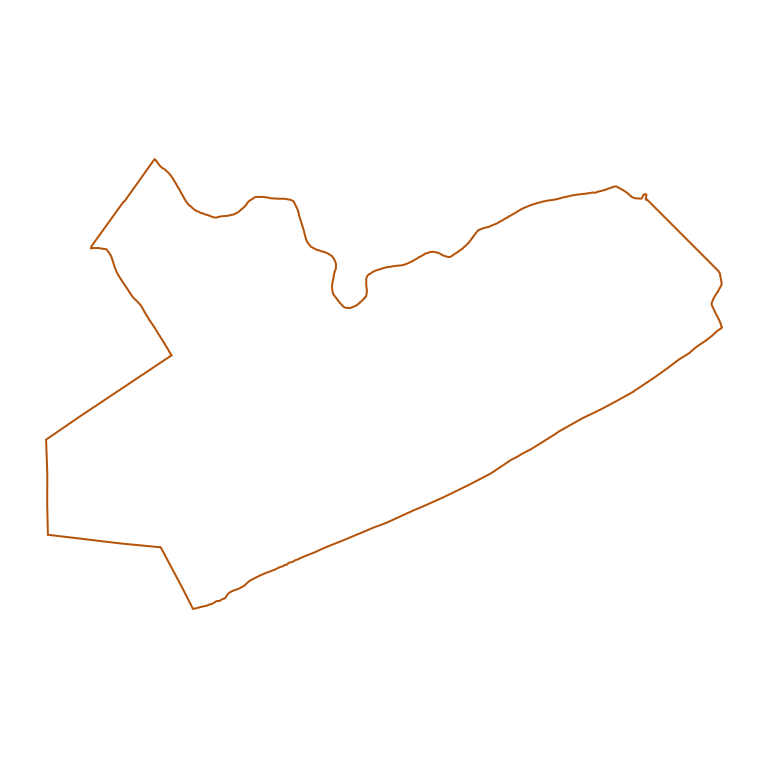 outline of Zavala, Inhambane, Mozambique
{"feature_id": "85939544B42929876675904", "entity_name": "Zavala", "entity_type": "district", "adm_level": 2, "iso_a3": "MOZ", "parent_name": "Mozambique", "parent_adm1": "Inhambane", "projection": "equal_earth", "projection_center": [34.683, -24.662], "detail": "fine", "context": "isolated", "style": "outline", "palette": "amber", "viewbox_px": 768, "rotation_deg": 0, "n_neighbors": 0, "source": "geoboundaries", "source_scale": "gbopen_adm2", "svg_char_len": 6092}
<svg xmlns="http://www.w3.org/2000/svg" viewBox="0 0 768 768"><path d="M154.5,159.2L124.3,201.6L123.4,201.9L91.3,246.5L91.1,248.3L92.4,248.2L93.1,247.9L94.5,248.1L98.6,248.0L100.6,248.5L102.0,248.5L102.7,248.8L106.2,249.2L106.9,249.8L108.4,252.0L108.9,252.3L109.7,253.8L109.9,254.5L110.5,254.9L111.3,256.6L112.8,261.0L114.9,267.9L115.7,269.5L116.6,272.0L118.8,276.0L119.4,276.8L119.7,277.7L120.5,278.3L120.8,279.3L121.4,279.8L121.7,280.7L122.7,281.9L125.8,286.6L126.3,287.0L126.6,288.0L127.2,288.6L132.2,296.3L134.8,299.2L136.3,300.5L140.3,304.8L141.8,306.9L143.2,309.6L143.8,310.4L144.7,312.4L145.8,313.9L146.0,314.7L146.7,315.5L148.9,319.1L149.2,319.9L149.8,320.6L154.5,327.4L155.8,329.5L156.2,330.5L157.2,331.7L158.2,333.8L159.0,334.7L161.3,338.6L162.4,340.0L162.6,340.7L163.4,342.0L163.9,342.4L164.4,343.7L165.0,344.1L165.2,344.9L168.8,350.6L169.0,351.4L170.0,352.8L171.6,355.3L80.1,416.3L46.1,439.6L47.3,474.3L47.2,504.9L47.9,534.8L121.9,543.6L160.7,547.3L182.6,588.4L192.9,608.8L196.7,608.2L198.2,607.6L198.9,607.6L199.7,607.2L207.0,605.6L209.4,604.5L212.0,603.9L214.6,602.4L216.4,601.1L219.6,601.0L222.5,599.0L224.0,598.7L225.2,598.1L227.8,594.1L229.0,592.9L231.8,591.3L234.4,590.2L237.3,589.3L239.6,588.3L244.7,585.5L246.1,583.9L249.4,580.9L258.7,576.1L265.5,573.1L270.1,571.5L272.1,570.5L274.0,570.0L279.4,567.3L283.0,566.2L284.2,565.2L287.0,564.6L287.3,564.0L289.3,562.7L292.9,561.7L295.7,560.0L298.8,559.1L299.0,558.7L305.8,555.8L315.2,552.1L321.6,549.1L330.4,545.4L342.8,540.5L373.0,527.8L386.1,522.9L414.1,510.1L421.7,507.0L444.4,496.8L468.2,485.2L490.9,473.4L510.6,460.2L518.2,456.2L521.3,454.3L521.3,454.2L531.3,449.0L556.0,433.6L558.3,431.8L582.1,418.4L600.4,409.6L617.5,400.5L633.5,391.6L633.5,391.4L654.7,377.3L668.1,367.7L678.5,359.8L690.0,352.6L690.0,352.4L695.4,347.7L699.6,344.7L705.1,341.1L712.0,335.8L717.5,330.7L721.3,328.2L721.2,328.0L721.9,327.4L720.0,322.0L719.5,321.2L719.3,320.2L718.8,319.6L718.6,318.9L716.8,315.5L714.9,311.8L714.7,311.1L714.2,310.5L712.6,306.7L712.1,305.9L711.6,304.3L711.8,302.7L713.4,298.8L714.6,296.5L715.1,295.9L717.4,292.0L718.1,291.5L718.4,290.6L721.4,285.0L721.6,283.3L721.2,280.4L720.8,278.9L720.6,277.4L720.3,276.4L720.0,273.9L719.5,272.5L718.9,272.1L718.6,271.2L647.1,199.6L646.8,200.0L646.1,199.8L645.8,199.2L645.8,198.4L645.9,197.4L646.5,195.4L646.1,194.3L645.1,194.1L643.8,194.7L642.8,195.9L642.3,197.6L641.1,198.7L634.7,198.2L631.5,196.8L631.2,196.2L630.6,195.9L629.6,195.1L628.3,193.7L627.7,193.5L626.1,192.0L624.9,191.4L623.1,190.1L621.7,189.5L621.1,189.0L618.3,187.6L616.8,186.6L614.7,186.4L611.9,187.5L611.3,187.5L610.2,188.1L608.3,188.6L604.7,190.1L604.0,190.1L601.9,190.8L600.1,191.1L599.6,191.4L598.9,191.4L597.6,191.9L596.4,192.2L595.1,192.8L593.8,192.7L593.1,192.4L590.1,193.1L587.3,193.3L586.7,193.6L580.5,194.2L572.0,195.4L569.5,196.2L568.4,196.2L567.8,196.5L566.0,196.7L565.4,197.0L563.4,197.3L560.0,198.4L558.0,198.7L557.4,199.1L556.7,199.1L554.8,199.6L553.4,199.7L552.7,200.0L549.2,200.3L548.6,200.6L547.1,200.6L543.6,201.5L542.5,201.5L541.2,202.2L538.0,202.8L534.0,204.2L533.1,204.2L531.1,205.2L530.4,205.2L525.9,207.2L525.4,207.2L521.1,209.3L520.3,209.9L517.6,211.3L517.0,211.9L513.6,213.9L512.9,214.2L510.7,215.6L508.3,216.7L507.7,217.3L504.6,218.9L502.9,220.1L499.5,221.8L497.2,223.3L493.4,224.9L491.4,225.6L488.5,227.0L487.8,227.0L486.0,227.6L485.2,227.6L483.4,228.3L482.7,228.3L480.2,229.5L478.6,230.0L477.9,230.6L476.0,232.9L473.4,236.4L472.8,237.0L472.5,237.9L471.8,238.4L471.5,239.1L471.0,239.5L470.7,240.2L470.1,240.6L469.6,241.5L469.2,241.8L468.9,242.5L467.5,243.8L465.2,246.2L463.6,247.4L463.3,248.0L462.2,248.7L461.6,249.3L459.3,250.8L458.7,251.4L457.5,252.0L456.9,252.7L455.1,253.6L451.0,256.5L449.6,257.1L446.4,256.6L441.8,254.9L441.2,254.3L440.2,253.7L436.9,252.4L436.0,252.4L433.8,251.8L430.4,252.0L429.9,252.2L429.2,252.3L427.2,253.1L426.7,253.1L424.6,254.0L424.0,254.6L422.2,255.4L421.0,256.3L418.4,257.5L416.8,258.7L414.3,259.9L413.5,260.6L408.4,263.1L404.3,264.7L400.7,265.5L396.5,265.7L394.4,266.2L392.8,266.2L390.2,266.8L387.1,267.1L386.4,267.4L385.7,267.5L385.1,267.8L384.4,267.8L382.6,268.3L380.5,269.2L379.9,269.2L378.4,269.8L377.6,269.8L376.5,270.4L376.0,270.4L373.6,271.5L370.7,273.3L370.2,273.8L368.8,274.3L367.1,276.3L366.4,278.2L366.2,279.0L366.3,285.9L366.5,287.5L366.7,288.3L366.9,291.2L366.3,295.8L365.4,297.2L364.8,297.5L364.6,298.2L363.9,298.7L361.9,300.9L359.7,302.5L359.5,303.2L358.3,303.9L356.9,305.1L355.0,306.1L350.4,308.0L346.0,307.8L344.0,307.1L342.3,305.6L342.1,305.1L340.1,303.2L336.3,298.1L335.9,297.8L335.5,297.0L334.9,296.6L334.5,295.6L334.0,295.3L333.1,293.7L332.6,292.1L332.1,288.1L332.0,285.6L332.4,283.6L332.4,282.8L333.2,279.6L333.2,278.8L333.7,277.1L333.7,276.2L334.0,274.0L334.6,272.6L334.5,271.8L335.7,269.3L335.9,268.5L336.0,264.0L335.3,261.8L334.2,259.4L332.1,256.2L331.4,255.7L330.3,255.2L329.8,254.6L328.5,253.8L324.2,251.9L323.6,251.9L322.4,251.4L321.8,251.5L319.2,250.3L318.7,250.4L315.1,249.1L314.4,248.5L313.0,248.0L312.3,247.4L311.5,247.1L310.4,246.1L308.0,243.1L306.5,240.7L305.9,238.6L305.2,236.5L305.2,235.8L304.3,232.9L304.1,231.4L299.5,216.8L299.0,215.1L299.0,214.3L297.8,210.1L297.1,208.5L296.7,207.8L296.1,206.3L294.6,203.5L294.0,202.0L293.5,201.7L293.0,200.9L290.7,199.9L285.0,198.8L277.6,198.7L271.0,198.3L266.5,197.3L265.3,197.3L264.8,197.0L259.5,196.9L255.4,197.1L254.7,197.3L252.3,199.1L249.6,200.6L247.9,202.2L245.6,205.6L243.7,207.4L238.5,211.9L234.6,214.0L233.2,214.6L231.1,214.9L228.2,215.7L220.6,216.4L216.6,217.5L214.4,217.5L213.9,217.3L213.3,217.3L206.9,214.7L206.1,214.8L202.1,213.1L201.4,213.2L198.5,211.7L195.8,210.7L195.3,210.1L194.1,209.5L192.9,208.3L191.9,207.6L190.7,206.3L189.5,205.5L187.9,203.9L185.5,200.7L184.9,199.2L184.4,198.9L183.7,197.3L181.4,193.1L180.8,192.4L179.7,189.9L176.7,185.2L176.5,184.3L175.9,183.8L175.6,182.9L175.1,182.5L174.5,181.0L173.5,179.8L173.3,179.1L172.3,177.6L171.3,176.5L171.1,175.9L168.6,172.9L166.6,171.2L165.1,169.6L163.8,168.7L162.0,167.9L161.5,167.2L160.3,166.3L157.2,162.3L156.8,161.4L156.3,161.1L155.8,160.2L155.0,159.7L154.5,159.2Z" fill="none" stroke="#b45309" stroke-width="2"/></svg>